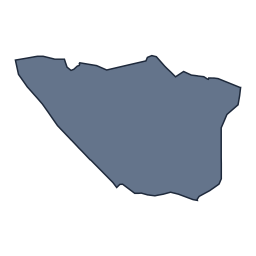 Sami', Ta`izz, Yemen
{"feature_id": "15242507B43926728713037", "entity_name": "Sami'", "entity_type": "district", "adm_level": 2, "iso_a3": "YEM", "parent_name": "Yemen", "parent_adm1": "Ta`izz", "projection": "natural_earth1", "projection_center": [44.119, 13.381], "detail": "fine", "context": "isolated", "style": "filled", "palette": "slate", "viewbox_px": 256, "rotation_deg": 0, "n_neighbors": 0, "source": "geoboundaries", "source_scale": "gbopen_adm2", "svg_char_len": 1617}
<svg xmlns="http://www.w3.org/2000/svg" viewBox="0 0 256 256"><path d="M240.6,87.5L240.1,87.5L233.7,84.9L218.1,78.6L214.2,78.1L208.7,78.0L208.3,79.3L207.5,79.1L203.8,76.7L197.9,76.0L197.6,75.9L196.3,75.7L195.6,75.6L191.4,75.1L183.6,71.5L176.0,76.5L175.5,76.8L170.6,71.9L167.1,68.6L164.7,66.2L157.4,57.9L156.3,56.7L151.8,55.6L147.4,57.4L146.0,60.8L145.9,60.9L128.6,64.9L106.7,70.0L96.6,65.6L79.8,62.8L79.3,63.5L79.6,64.5L79.3,65.4L77.3,66.1L73.8,69.3L71.0,70.4L67.0,67.1L66.0,64.1L65.9,63.9L65.9,63.7L65.7,63.3L64.4,59.2L60.7,59.2L55.2,59.2L54.8,59.2L51.8,58.4L49.2,57.8L49.0,57.7L48.1,57.5L43.2,56.3L39.9,56.3L37.8,56.3L37.5,56.3L37.4,56.3L35.5,56.6L27.1,58.1L15.9,60.0L15.4,60.1L18.5,74.4L23.6,81.6L27.3,86.9L28.3,88.0L33.0,93.3L33.7,94.1L37.2,98.0L40.9,102.3L41.5,103.0L42.3,103.9L48.4,112.5L52.8,118.9L57.7,125.9L57.9,126.0L60.7,129.0L61.3,129.6L67.9,136.5L68.3,136.9L71.2,140.0L71.4,140.1L75.0,143.9L79.2,148.4L82.0,151.2L89.6,159.2L90.3,159.9L90.8,160.1L112.9,182.5L116.7,187.5L119.8,184.4L122.6,184.2L134.7,193.3L136.8,193.3L138.6,193.3L141.3,193.1L147.7,194.9L148.1,194.9L148.6,195.0L148.8,195.0L150.2,195.2L154.9,195.8L158.3,195.1L163.2,194.2L170.6,192.2L172.5,192.7L173.6,193.0L174.2,193.1L177.3,193.9L178.5,194.2L193.0,199.6L197.4,200.4L197.2,199.3L199.1,196.4L204.4,193.5L209.6,190.7L211.6,189.3L213.2,188.2L219.0,184.1L219.1,183.8L219.5,183.0L220.8,179.9L221.3,178.8L221.3,172.8L221.3,163.3L221.2,157.5L221.2,147.8L221.2,139.7L221.2,127.8L223.8,121.8L226.9,114.5L227.8,113.7L237.8,105.0L238.0,104.9L238.1,104.5L238.2,103.9L239.6,95.9L240.6,87.5Z" fill="#64748b" stroke="#1e293b" stroke-width="1.5"/></svg>